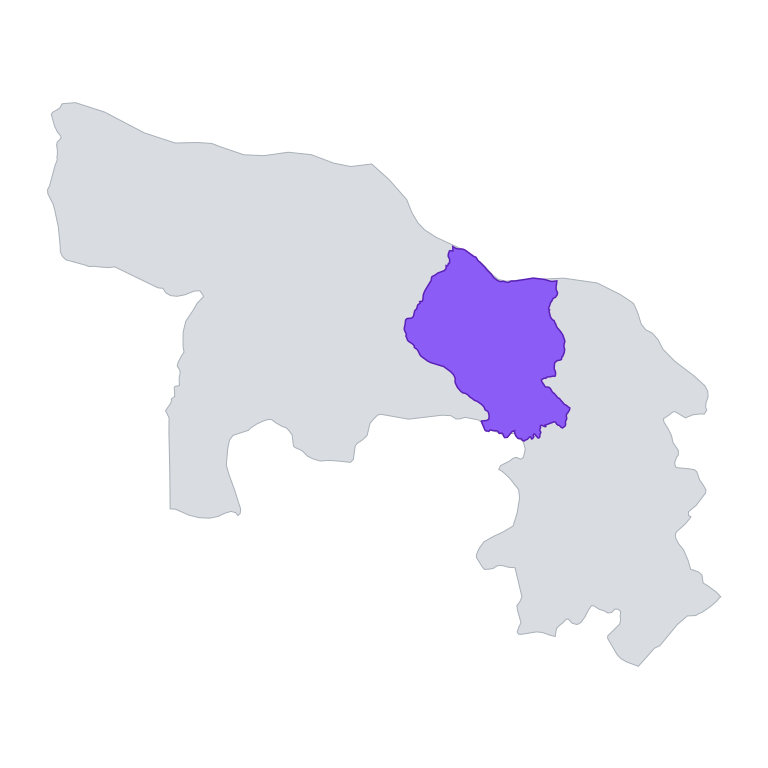 Plateaux highlighted on a map of Republic of the Congo, rotated 269°
{"feature_id": "COG-3346", "entity_name": "Plateaux", "entity_type": "Region", "adm_level": 1, "iso_a3": "COG", "parent_name": "Republic of the Congo", "parent_adm1": "", "projection": "mercator", "projection_center": [15.163, -2.009], "detail": "fine", "context": "in_parent", "style": "filled", "palette": "violet", "viewbox_px": 768, "rotation_deg": 269, "n_neighbors": 0, "source": "natural_earth", "source_scale": "10m", "svg_char_len": 9538}
<svg xmlns="http://www.w3.org/2000/svg" viewBox="0 0 768 768"><g transform="rotate(269 384 384)"><path d="M97.3,633.4L101.9,621.6L105.3,616.1L109.4,612.3L125.9,603.1L128.4,603.4L139.8,615.5L143.5,616.4L147.5,616.1L152.3,616.6L154.7,614.2L155.0,611.1L151.6,607.6L151.1,603.9L153.5,599.9L154.9,595.4L158.4,590.1L158.8,587.6L155.1,584.9L147.4,580.7L142.1,576.7L140.1,572.9L141.5,568.0L145.8,564.0L145.5,561.9L141.8,558.3L139.0,554.5L136.2,552.1L128.5,550.7L130.0,545.5L132.8,538.0L133.5,532.2L131.3,517.0L131.5,514.2L133.7,512.8L138.3,514.5L142.9,516.8L155.6,513.5L160.1,513.0L163.7,515.9L168.8,518.2L198.0,511.8L198.6,505.4L200.3,499.5L200.5,495.1L199.3,492.3L197.8,490.2L197.0,485.8L196.9,481.1L199.7,478.9L209.1,473.3L212.0,473.5L218.5,476.6L224.6,481.3L230.0,491.4L233.8,500.1L239.8,510.6L252.5,514.8L267.7,517.6L276.0,516.8L287.7,507.9L294.4,500.9L296.6,497.2L300.4,499.1L304.8,508.3L307.6,511.9L308.3,515.2L306.4,519.5L308.3,522.2L316.5,524.1L323.6,522.3L326.9,518.6L332.2,513.7L332.3,509.6L329.4,506.9L329.4,503.2L332.4,500.3L335.3,492.4L336.2,486.7L339.0,483.0L344.4,480.5L346.3,478.1L349.3,464.5L347.8,459.5L347.8,455.4L351.2,450.2L351.8,441.6L348.4,407.9L353.7,380.8L353.2,377.3L349.4,373.2L344.8,369.3L332.8,366.2L328.3,361.2L324.8,355.8L322.3,354.1L309.1,352.0L306.2,349.0L307.4,340.4L308.6,327.7L308.1,318.8L310.4,311.7L313.1,306.4L318.9,300.7L322.0,294.0L323.6,292.4L334.6,291.3L338.6,288.5L341.8,285.7L343.1,281.9L346.8,275.6L350.2,271.3L350.6,268.5L349.8,264.5L346.5,256.6L342.5,250.0L340.1,247.7L335.3,232.2L330.8,228.6L322.0,226.6L305.6,224.9L295.6,227.6L280.5,232.8L261.4,238.5L257.0,237.9L255.0,235.5L257.9,233.5L259.3,228.8L257.4,222.1L254.5,215.9L252.9,207.3L253.6,196.5L256.4,186.4L262.5,173.3L262.9,168.0L299.5,168.3L338.9,168.1L354.0,168.5L361.2,165.1L368.2,170.2L371.5,171.4L372.7,171.0L375.3,174.6L383.9,174.2L385.3,175.0L386.0,179.4L394.0,179.3L397.9,180.3L401.1,180.2L405.7,177.6L409.1,178.5L415.1,181.7L419.4,184.6L425.4,183.7L439.4,184.1L450.2,186.9L461.0,194.4L468.1,198.7L474.6,205.1L476.9,204.0L480.4,201.5L480.3,196.0L476.7,186.6L475.3,178.7L476.1,172.2L478.9,167.5L483.5,164.7L484.1,159.7L505.9,116.6L505.2,111.7L505.7,104.2L506.8,96.0L506.5,91.1L508.0,87.7L513.7,68.2L516.8,65.0L521.6,62.7L528.5,62.6L546.8,61.1L563.8,57.8L569.4,56.4L580.1,51.2L584.2,51.0L587.7,53.0L608.3,58.9L613.9,61.3L616.0,60.9L619.1,61.4L623.9,61.5L628.6,60.8L631.6,61.5L635.4,65.4L637.9,65.0L641.2,62.1L647.4,59.2L659.4,56.0L661.4,57.4L665.5,64.6L669.8,67.1L670.7,80.4L660.7,109.5L639.3,148.6L628.6,179.3L628.7,201.8L627.5,216.0L624.0,224.6L615.6,247.9L614.4,267.9L617.4,292.3L614.5,315.5L605.7,337.5L602.0,354.7L604.2,375.5L588.1,392.8L567.9,410.0L554.8,414.9L544.6,420.7L537.4,427.3L529.7,438.8L517.7,463.5L511.4,474.3L503.2,483.6L491.0,494.8L486.5,500.2L484.7,507.9L485.5,522.2L486.7,565.5L481.3,598.8L469.3,621.9L460.3,634.8L451.2,638.8L439.4,642.2L433.7,646.6L430.3,653.0L423.7,658.7L413.9,663.5L401.6,675.2L386.8,694.0L376.6,704.8L371.1,707.6L365.5,707.8L359.6,705.6L354.7,705.2L352.3,706.3L348.4,703.7L348.5,699.4L347.8,692.2L344.9,684.8L351.4,674.4L350.8,672.0L347.8,668.2L344.4,662.8L341.1,663.2L334.3,667.3L327.2,670.6L320.5,671.9L312.4,677.1L307.9,677.1L305.4,675.1L299.9,673.2L297.0,673.8L295.3,674.7L293.9,687.3L292.9,692.7L290.9,695.2L282.6,697.9L277.0,701.7L272.2,704.1L269.2,703.5L257.2,694.0L250.9,686.2L247.1,686.1L246.0,688.6L244.1,687.4L238.2,682.2L231.3,674.0L228.8,672.8L225.0,672.9L218.9,675.9L213.0,680.6L202.2,685.0L193.3,687.4L192.5,690.3L190.4,695.4L187.4,698.6L179.5,699.6L176.6,704.2L169.8,713.0L165.3,717.0L164.1,715.3L161.3,713.1L155.7,706.3L150.1,697.9L148.6,694.0L147.1,691.8L146.8,683.3L138.5,673.2L117.5,655.2L115.2,649.9L97.3,633.4Z" fill="#d9dde1" stroke="#a8b0b8" stroke-width="1"/><path d="M520.2,455.2L518.7,457.5L518.2,458.8L517.8,460.1L517.7,460.9L517.7,463.5L517.3,465.8L516.3,467.7L510.2,475.7L510.0,476.0L509.6,476.9L509.4,477.9L508.9,478.2L507.5,479.2L506.4,479.7L506.0,479.9L505.3,480.5L504.1,482.0L499.3,486.7L496.1,489.2L491.8,493.3L489.6,494.7L487.7,496.4L485.8,498.9L484.9,500.5L484.4,502.2L484.5,504.0L484.6,504.6L484.6,505.1L483.6,508.5L483.4,509.8L483.7,511.0L484.4,512.0L484.5,512.4L484.7,513.1L484.7,516.8L487.3,535.2L485.7,546.5L483.9,552.0L483.7,553.1L483.6,554.2L484.1,558.6L481.1,558.3L479.3,557.9L477.4,557.7L476.7,557.7L475.9,557.8L474.4,558.1L473.7,558.4L473.2,558.7L473.0,558.9L472.8,559.0L472.6,559.1L471.6,559.0L470.4,558.8L469.8,558.5L469.4,558.2L469.1,557.9L468.9,557.6L468.5,557.4L468.2,557.3L467.8,557.1L467.6,556.8L467.2,555.6L467.0,555.3L466.8,555.0L466.5,554.7L466.0,554.1L465.7,553.9L465.3,553.8L464.9,553.7L464.5,553.5L464.2,553.3L463.3,552.6L462.4,552.0L460.3,551.2L459.4,551.0L458.5,550.5L457.2,550.1L456.9,549.9L456.5,549.8L456.0,550.1L455.5,550.8L455.2,550.9L454.4,550.4L453.9,550.3L449.0,551.4L448.3,551.6L447.1,552.2L446.2,552.9L445.6,553.3L445.3,553.6L445.1,553.9L444.7,554.6L444.6,555.0L444.2,555.3L443.7,555.5L442.8,555.7L442.3,555.9L442.0,556.0L441.6,556.4L441.4,556.5L440.8,556.8L439.1,557.3L438.3,557.6L437.3,558.2L436.7,558.6L436.0,559.4L435.7,559.6L435.3,559.8L434.8,560.3L433.6,561.3L433.1,561.7L432.6,561.9L430.7,563.2L429.7,563.7L424.2,565.5L423.7,565.5L423.0,565.5L420.2,564.7L419.5,564.6L418.7,564.6L417.2,564.8L415.8,565.2L415.0,565.2L412.1,564.7L410.6,564.1L410.3,563.9L410.0,563.8L409.0,563.5L408.8,563.4L408.6,563.2L408.5,562.9L408.3,562.7L408.0,562.4L407.6,562.3L406.4,562.1L405.9,562.0L405.6,561.8L405.3,561.5L405.1,561.2L404.7,560.0L404.4,557.7L404.2,557.3L404.0,557.0L403.2,556.3L402.8,555.6L402.6,555.3L402.3,555.1L401.6,554.9L396.7,554.4L396.1,554.5L394.4,555.2L392.9,555.7L391.5,555.7L390.0,555.6L389.2,555.4L388.8,555.1L388.7,554.7L388.8,554.2L388.9,553.5L388.9,553.3L388.9,552.9L388.3,550.4L388.3,548.4L388.3,548.0L388.2,547.5L388.0,547.2L387.8,546.9L387.3,546.4L387.0,546.1L386.9,545.8L387.0,544.5L387.0,544.1L386.8,543.7L386.4,543.1L385.8,542.1L385.6,541.8L385.3,541.5L384.7,541.5L383.8,541.8L381.5,543.2L380.8,543.7L379.0,544.8L378.5,545.2L378.2,545.6L378.1,546.0L378.1,547.4L378.1,547.7L377.8,548.7L377.6,549.1L377.5,549.3L377.4,549.5L376.6,550.1L376.0,550.6L373.3,552.1L372.3,552.9L372.2,553.1L371.8,553.8L369.5,555.8L367.5,557.3L367.2,557.6L367.0,557.8L366.9,558.0L366.6,559.0L366.4,559.2L366.2,559.4L365.0,560.2L364.4,560.7L362.5,562.5L361.2,563.3L361.0,563.5L360.7,563.8L359.6,565.8L359.1,566.4L358.0,567.6L357.1,569.1L356.8,569.4L356.1,569.3L354.9,569.0L352.8,567.8L351.9,567.2L351.3,566.7L351.1,566.4L350.8,566.2L350.4,566.0L349.9,565.8L347.4,565.9L346.5,566.1L346.0,566.1L345.4,565.9L343.8,564.9L342.7,564.8L340.3,564.9L338.8,564.3L336.9,561.7L337.3,561.0L337.4,560.7L337.7,560.2L338.2,559.7L339.1,559.0L339.3,558.8L339.6,558.4L339.7,558.0L339.9,557.2L340.1,556.7L340.5,556.3L341.0,555.9L342.1,555.3L342.6,554.9L343.0,554.4L343.2,553.7L342.9,552.6L340.5,545.8L340.3,544.6L340.1,544.2L339.8,544.2L339.2,544.9L338.8,545.1L338.5,544.8L338.6,544.1L338.8,543.4L339.8,541.5L340.0,540.9L340.0,540.3L339.7,539.8L338.7,539.6L338.0,539.8L337.3,539.7L336.7,539.4L336.0,539.0L335.3,538.9L334.7,539.1L333.4,539.8L332.7,539.9L332.1,539.7L331.3,539.2L330.7,539.0L330.0,538.9L328.8,538.9L328.2,538.7L327.7,538.3L327.4,537.8L327.3,537.2L327.6,536.8L328.6,536.0L329.6,535.1L330.7,534.4L331.2,533.9L331.4,533.4L331.3,532.8L330.5,532.3L329.9,532.3L329.5,532.6L329.2,532.9L328.7,532.9L328.2,532.6L327.0,531.8L326.6,531.3L326.4,530.8L326.9,530.3L327.9,530.1L328.3,530.0L328.5,529.7L328.7,529.4L328.6,529.1L328.4,528.5L326.2,526.4L325.4,524.3L324.6,523.2L325.1,521.8L325.8,521.1L326.5,520.6L327.0,519.9L327.0,517.9L327.3,517.1L328.0,516.4L329.4,515.2L330.1,514.7L330.9,514.4L334.5,513.5L334.9,513.7L334.3,511.3L328.5,506.4L328.3,503.8L329.3,503.0L331.9,502.0L332.9,500.9L333.0,500.3L332.5,499.0L332.6,498.2L333.0,497.9L334.3,497.4L334.8,496.9L335.2,495.8L335.6,491.7L336.1,490.2L336.2,489.5L335.8,488.8L335.2,488.4L334.8,488.0L334.8,487.5L335.2,486.8L335.1,485.9L335.3,485.2L335.7,484.6L336.2,484.1L345.1,480.6L345.4,481.1L345.6,485.2L346.1,486.7L346.6,487.7L347.2,488.1L348.4,488.4L349.6,488.5L350.2,488.5L350.8,488.5L353.7,487.9L354.3,487.6L354.8,487.2L355.1,486.9L355.3,486.6L355.9,485.3L356.3,484.8L356.9,484.4L357.7,484.2L359.0,483.7L360.2,482.8L361.9,481.2L364.9,477.1L365.2,476.5L366.1,474.2L366.5,473.6L368.0,471.9L368.9,470.5L369.5,469.6L371.7,467.6L372.2,466.9L373.2,465.2L373.4,464.6L373.7,462.8L374.3,461.9L375.3,460.7L379.0,457.6L380.0,457.0L383.8,455.3L384.4,455.2L385.1,455.1L388.0,455.3L389.0,455.1L391.1,454.2L392.3,453.5L395.2,450.8L400.4,444.0L404.4,431.6L406.0,428.3L411.0,421.7L412.6,420.4L416.4,418.7L418.1,417.6L418.6,416.9L419.5,415.5L420.2,414.9L420.5,414.8L421.3,415.0L421.6,415.0L422.9,413.9L424.0,412.6L426.2,409.3L427.4,408.3L430.1,407.4L431.1,406.9L431.6,406.7L432.0,406.8L432.8,407.2L433.2,407.2L434.4,406.8L436.7,405.7L437.9,405.3L439.3,405.2L443.5,406.2L446.5,406.5L447.8,406.9L448.8,407.8L449.2,409.3L449.2,411.1L449.5,412.9L450.7,414.3L452.1,414.9L455.7,415.7L457.3,416.4L457.8,416.9L458.1,417.5L458.5,417.9L462.0,418.9L462.6,419.2L463.7,420.8L464.3,421.6L464.9,421.6L465.7,421.1L466.0,421.9L466.0,423.6L467.4,424.3L472.3,424.8L474.8,425.7L477.2,426.9L485.6,432.2L486.1,432.7L486.6,433.0L489.6,433.4L490.1,433.6L490.7,434.2L491.0,434.8L492.2,437.3L493.9,439.5L496.3,446.2L498.2,448.0L501.4,448.2L501.0,449.4L502.0,450.1L503.3,450.5L503.6,450.9L503.8,451.5L505.4,451.8L507.5,451.7L508.7,451.4L510.1,450.5L511.6,450.4L513.2,450.7L515.5,451.6L515.8,451.6L516.2,452.5L516.1,453.5L515.7,454.7L516.0,455.4L517.7,455.2L520.2,455.2L520.2,455.2Z" fill="#8b5cf6" stroke="#5b21b6" stroke-width="1.5"/></g></svg>